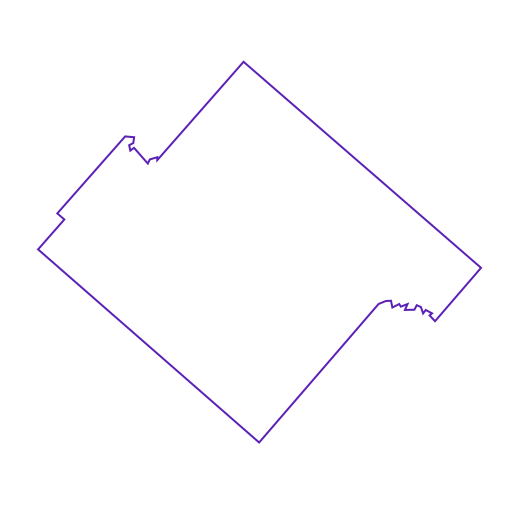 outline of Jackson, South Dakota, United States of America, rotated 41°
{"feature_id": "52423323B47922460114210", "entity_name": "Jackson", "entity_type": "district", "adm_level": 2, "iso_a3": "USA", "parent_name": "United States of America", "parent_adm1": "South Dakota", "projection": "orthographic", "projection_center": [-101.56, 43.692], "detail": "fine", "context": "isolated", "style": "outline", "palette": "violet", "viewbox_px": 512, "rotation_deg": 41, "n_neighbors": 0, "source": "geoboundaries", "source_scale": "gbopen_adm2", "svg_char_len": 564}
<svg xmlns="http://www.w3.org/2000/svg" viewBox="0 0 512 512"><g transform="rotate(41 256 256)"><path d="M380.7,394.7L380.0,211.8L383.4,205.0L387.2,201.2L392.7,205.4L395.6,198.3L398.5,199.2L401.9,192.9L403.8,199.0L410.8,192.6L409.6,187.7L413.9,186.3L419.8,189.7L419.5,185.4L426.5,183.8L426.0,187.0L433.9,187.7L433.6,117.3L123.1,117.6L119.2,117.6L118.6,248.4L116.7,246.2L112.5,252.8L113.7,257.2L93.0,254.4L92.0,258.9L87.6,255.6L89.3,251.3L86.1,246.3L78.8,251.6L78.1,354.2L87.4,354.2L87.2,394.0L380.7,394.7Z" fill="none" stroke="#5b21b6" stroke-width="2"/></g></svg>